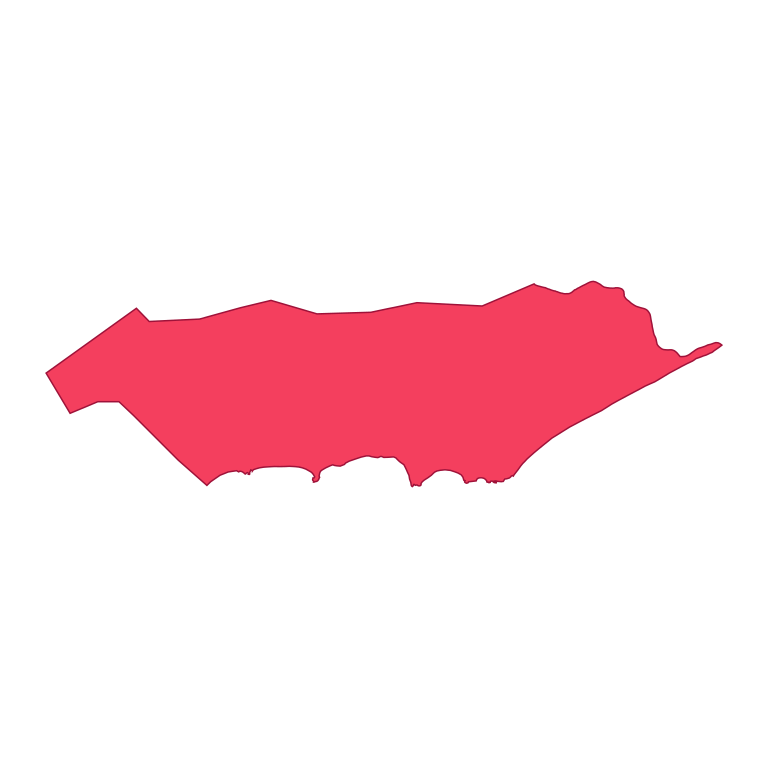 Municipality E, Montevideo, Uruguay (Robinson projection)
{"feature_id": "84410073B72296027070885", "entity_name": "Municipality E", "entity_type": "district", "adm_level": 2, "iso_a3": "URY", "parent_name": "Uruguay", "parent_adm1": "Montevideo", "projection": "robinson", "projection_center": [-56.066, -34.884], "detail": "fine", "context": "isolated", "style": "filled", "palette": "rose", "viewbox_px": 768, "rotation_deg": 0, "n_neighbors": 0, "source": "geoboundaries", "source_scale": "gbopen_adm2", "svg_char_len": 5504}
<svg xmlns="http://www.w3.org/2000/svg" viewBox="0 0 768 768"><path d="M534.1,283.9L482.2,306.0L416.9,302.7L394.0,307.5L388.9,308.5L370.9,312.3L317.0,313.9L271.0,300.4L240.3,307.8L199.5,319.1L149.2,321.5L136.4,308.3L46.1,373.1L52.8,384.3L70.1,413.3L97.8,401.7L119.0,401.7L133.6,415.5L178.3,460.2L206.9,485.4L207.6,484.7L210.7,481.7L215.0,478.7L220.1,475.2L224.4,473.5L228.1,472.0L232.5,471.3L236.7,470.7L237.4,471.2L238.8,471.9L239.4,471.4L240.0,471.2L241.6,471.5L242.7,472.0L244.1,473.1L245.1,474.0L245.6,474.0L246.3,473.1L247.4,472.6L248.2,473.2L248.7,473.7L248.4,474.3L249.4,474.4L249.8,473.9L249.3,473.1L249.8,472.3L250.8,469.9L251.6,470.3L252.2,470.5L252.3,471.2L253.4,469.7L256.3,468.7L259.5,467.8L264.0,467.1L264.3,467.1L268.7,466.8L274.4,466.5L280.1,466.6L285.0,466.5L289.4,466.3L295.1,466.6L298.8,467.0L302.3,467.8L305.9,469.1L308.6,470.6L310.0,471.4L311.6,472.4L313.4,474.5L314.7,476.9L313.9,478.0L313.0,477.9L312.6,479.7L312.8,480.3L313.1,480.8L313.8,481.4L313.6,482.1L314.5,482.0L315.7,481.5L316.7,481.4L317.6,480.8L318.0,480.4L318.8,479.2L319.0,478.4L319.6,477.4L319.1,476.0L319.4,474.5L319.8,472.7L320.6,471.2L322.2,469.9L324.1,468.8L325.8,467.8L329.9,465.9L331.4,465.3L332.8,464.8L334.3,465.4L336.7,465.8L340.2,466.1L343.5,464.8L344.5,464.4L345.5,463.1L349.3,461.1L355.7,458.9L361.1,457.1L365.9,456.0L366.1,455.9L369.0,455.9L371.7,456.7L375.3,457.3L377.8,457.6L379.2,457.1L380.2,456.5L381.8,456.5L383.7,457.4L387.3,457.3L392.1,457.0L393.6,456.9L395.9,457.9L397.1,459.2L398.4,460.5L398.7,460.8L400.2,462.1L403.9,464.7L405.3,467.4L406.5,469.9L407.7,472.7L409.0,475.4L409.6,479.2L410.8,482.4L411.2,485.2L411.6,486.0L412.3,486.6L412.6,486.4L413.2,485.7L413.7,485.2L413.6,484.5L414.1,484.4L414.6,484.7L415.5,485.3L416.2,485.1L417.1,485.0L418.1,485.7L419.2,485.9L420.2,485.7L420.8,485.3L421.1,484.3L421.0,483.5L422.3,481.7L423.4,480.8L424.2,480.1L427.8,477.8L431.4,475.2L432.6,474.0L434.5,472.2L436.9,471.0L440.2,470.3L445.0,469.8L450.5,470.4L454.8,471.8L458.2,473.1L461.3,474.9L463.0,477.3L463.6,479.5L463.8,480.2L464.8,480.5L465.1,480.7L464.7,481.1L464.6,481.7L464.7,482.1L465.2,482.6L465.6,482.8L466.1,483.1L466.6,483.2L466.9,483.1L467.4,483.0L468.0,482.8L468.3,482.4L468.3,482.1L468.6,481.8L476.2,480.9L476.7,479.4L478.1,478.2L479.8,477.8L480.1,477.8L481.9,477.8L483.9,478.3L485.5,479.4L486.8,481.0L486.8,481.9L487.4,482.2L488.2,482.1L488.9,482.7L490.2,482.4L490.2,481.6L491.0,481.1L493.5,481.3L493.3,482.0L494.0,482.5L494.8,482.7L494.9,482.1L494.0,481.3L494.2,481.1L495.4,480.9L495.8,480.9L495.8,482.8L496.3,482.8L496.5,481.5L497.0,481.2L498.3,481.4L501.2,481.7L503.3,481.4L504.5,479.4L504.9,479.0L505.7,478.9L506.6,478.8L509.3,478.0L510.6,477.0L511.2,476.1L512.6,475.6L513.3,476.1L514.0,474.9L515.6,472.8L517.8,470.0L519.6,467.5L520.9,465.7L522.7,463.5L524.9,461.3L527.0,459.0L530.1,456.2L533.8,452.9L538.7,448.8L543.6,444.8L551.9,438.1L562.5,431.5L569.5,427.1L571.4,426.1L577.6,422.8L585.0,418.9L592.9,414.9L601.5,410.6L611.7,404.1L618.0,400.6L627.3,395.6L634.3,391.9L639.8,389.0L644.9,386.2L649.5,384.1L654.8,381.8L662.0,377.5L669.4,373.0L675.6,369.7L681.8,366.3L684.2,365.1L686.9,363.7L689.9,362.3L692.6,361.0L694.3,359.9L696.0,358.6L697.8,358.0L700.7,357.0L703.4,355.9L706.0,355.1L708.0,354.2L710.0,353.2L712.0,352.4L713.1,351.6L713.9,350.9L718.8,347.5L721.2,345.7L721.9,345.1L721.4,344.7L719.9,343.6L718.1,342.8L715.8,342.6L714.0,343.1L711.0,344.2L707.7,345.0L705.2,346.2L701.4,347.5L699.2,348.1L697.5,348.8L695.5,350.0L693.6,351.4L691.6,352.8L689.9,354.1L688.7,354.9L687.2,355.6L686.0,356.1L684.5,356.4L683.0,356.5L681.5,356.6L680.0,356.5L679.2,355.5L678.2,354.3L677.3,353.2L676.4,352.3L675.3,351.4L674.3,350.7L673.0,350.2L672.0,349.9L671.0,349.8L669.9,349.8L668.8,349.9L667.3,349.9L666.0,349.8L663.9,349.6L662.7,349.3L661.5,348.7L660.4,347.9L659.3,347.0L657.9,345.5L657.1,344.2L656.6,342.0L656.1,339.4L655.6,337.8L654.9,336.3L654.1,334.8L653.5,332.6L652.8,329.2L652.3,326.9L652.0,324.6L651.6,322.7L651.1,320.3L650.5,316.5L650.2,315.0L649.7,313.7L648.9,312.4L648.0,311.1L647.1,310.2L646.1,309.5L644.9,308.9L643.7,308.5L642.5,308.2L639.9,307.5L637.7,306.8L636.2,306.3L634.7,305.5L633.6,304.8L632.2,303.9L631.2,303.2L628.5,300.8L627.4,300.1L626.7,299.4L626.0,298.8L625.4,298.0L624.9,297.2L624.4,296.5L624.1,295.6L624.2,294.7L624.1,294.0L623.9,292.8L623.9,291.9L623.5,290.9L622.7,289.8L621.7,288.9L620.6,288.5L619.8,288.2L619.0,288.0L617.8,287.8L616.9,287.8L616.1,287.8L615.3,287.8L614.1,288.2L613.4,288.1L612.6,288.2L611.6,288.1L610.6,288.1L609.3,288.0L608.0,287.8L606.8,287.7L605.8,287.4L604.8,287.3L604.0,287.0L603.3,286.6L602.3,286.0L601.5,285.4L600.6,284.6L600.3,284.4L599.7,284.1L598.9,283.6L597.7,283.0L596.6,282.4L595.5,281.9L594.5,281.7L593.5,281.4L592.4,281.5L591.2,281.7L590.2,282.0L589.3,282.4L588.4,282.8L587.4,283.3L586.3,283.9L585.2,284.5L584.1,285.0L583.0,285.5L581.5,286.3L580.0,287.1L579.0,287.7L578.1,288.1L577.4,288.4L576.9,288.8L575.9,289.5L575.4,289.6L574.4,290.0L573.7,290.8L572.8,291.4L572.1,292.1L571.4,292.5L570.8,292.9L569.9,293.3L569.0,293.6L568.2,293.7L567.4,293.7L566.4,293.7L565.2,293.8L564.1,293.7L563.1,293.5L562.0,293.2L561.0,293.1L559.8,292.7L558.6,292.3L557.4,291.8L556.2,291.5L555.2,291.0L554.2,290.9L553.1,290.6L552.1,290.3L551.2,290.0L550.2,289.6L549.2,289.2L548.0,288.9L547.1,288.5L546.2,288.1L545.6,287.8L545.0,287.6L544.0,287.5L543.3,287.3L542.5,287.1L541.6,286.9L540.9,286.7L539.9,286.4L539.0,286.2L537.9,285.9L537.2,285.7L536.5,285.4L535.8,285.2L535.0,284.8L534.7,284.4L534.1,283.9Z" fill="#f43f5e" stroke="#9f1239" stroke-width="1.5"/></svg>